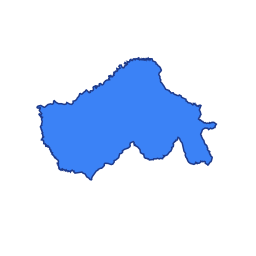 Ledesma, Jujuy, Argentina, rotated 212°
{"feature_id": "61730980B60516348074924", "entity_name": "Ledesma", "entity_type": "district", "adm_level": 2, "iso_a3": "ARG", "parent_name": "Argentina", "parent_adm1": "Jujuy", "projection": "orthographic", "projection_center": [-64.879, -23.773], "detail": "fine", "context": "isolated", "style": "filled", "palette": "blue", "viewbox_px": 256, "rotation_deg": 212, "n_neighbors": 0, "source": "geoboundaries", "source_scale": "gbopen_adm2", "svg_char_len": 5863}
<svg xmlns="http://www.w3.org/2000/svg" viewBox="0 0 256 256"><g transform="rotate(212 128 128)"><path d="M41.5,148.0L43.1,148.2L43.8,149.0L44.4,148.9L45.2,149.8L45.9,150.0L46.2,151.2L46.6,151.0L46.8,151.4L47.3,151.2L49.2,151.8L49.7,153.2L50.5,153.4L51.5,154.6L53.1,155.1L53.6,154.9L55.2,155.8L57.2,157.7L58.4,158.0L61.3,159.8L61.8,160.5L62.8,160.8L63.4,161.9L63.2,162.6L64.0,166.1L63.3,167.6L62.7,168.7L60.3,170.0L58.8,169.4L57.9,171.6L56.8,171.6L55.8,172.4L55.1,174.1L54.6,174.4L54.6,174.9L55.2,176.0L55.1,178.1L58.3,178.3L59.1,177.5L59.7,177.5L60.6,176.0L61.6,175.8L61.4,175.1L63.0,174.4L63.8,173.5L65.5,173.4L65.8,172.9L67.0,172.6L67.9,173.2L69.1,172.8L70.7,173.2L71.1,172.7L71.6,173.1L72.6,172.8L73.0,172.9L73.2,174.9L72.9,175.6L73.5,176.9L73.2,178.0L75.3,180.0L77.1,181.1L78.0,185.7L79.0,185.6L79.9,184.6L79.5,183.7L81.2,183.4L81.3,182.6L81.6,183.5L82.4,183.3L83.0,183.9L83.6,183.6L84.3,184.2L84.6,183.4L85.5,183.4L85.0,182.4L85.4,181.9L87.9,182.3L90.5,181.3L91.9,181.9L93.0,181.7L94.1,183.1L98.7,182.4L100.0,183.4L102.0,183.2L102.1,182.3L104.0,181.5L105.0,181.6L106.6,181.1L108.4,181.8L110.0,180.5L111.5,181.1L112.4,181.0L112.9,181.6L116.6,180.8L119.8,182.6L123.6,184.2L124.4,184.1L125.5,185.2L125.6,186.1L127.3,187.0L128.1,188.5L130.2,189.6L130.7,191.2L130.2,193.4L130.4,194.8L131.5,195.3L131.9,195.9L133.9,196.8L135.2,196.7L137.1,197.5L138.2,197.2L138.8,198.2L139.7,198.5L142.6,198.0L144.2,199.4L145.4,198.8L145.3,197.6L145.7,197.6L145.9,198.4L146.9,197.9L146.5,196.9L147.4,197.2L148.0,197.9L148.4,196.6L148.1,196.4L148.1,195.8L149.1,196.7L149.5,196.5L149.4,194.6L151.0,194.0L151.5,195.0L151.0,195.3L151.3,195.3L152.2,194.6L152.3,193.2L153.1,193.2L153.6,193.6L154.0,192.1L154.8,192.4L155.4,192.0L155.7,193.1L156.1,193.2L156.5,192.4L155.7,191.7L157.9,191.1L158.1,189.6L158.6,189.7L158.8,190.2L159.7,189.8L160.2,188.8L159.9,187.7L160.9,187.2L161.9,187.7L162.4,186.4L161.9,185.8L161.9,184.7L163.7,184.0L162.9,183.7L162.9,182.8L163.8,182.1L165.3,182.0L165.1,180.7L164.4,180.8L163.2,181.8L162.4,181.6L163.2,179.4L163.8,178.8L163.4,177.0L164.1,176.4L165.3,176.4L167.2,177.8L168.4,176.8L168.4,175.4L166.4,174.6L167.5,172.7L169.0,172.6L168.7,172.0L167.5,171.7L167.2,170.8L167.4,170.1L168.1,170.2L168.7,169.5L168.6,167.6L169.2,168.1L169.5,167.7L168.8,167.2L168.8,166.0L167.8,165.4L168.4,164.3L168.3,163.3L168.8,162.8L170.3,163.4L170.4,162.2L171.2,162.6L171.8,162.0L171.5,161.3L170.3,161.0L170.5,159.7L169.3,159.2L171.4,157.3L172.0,156.3L172.5,153.8L172.1,152.7L172.4,151.2L173.0,150.8L174.8,151.2L175.7,150.4L175.5,149.6L174.7,149.3L174.6,148.5L175.9,147.5L176.0,146.3L176.5,146.4L176.7,147.1L177.2,146.9L176.0,145.5L176.0,144.9L176.7,144.9L178.1,146.2L179.1,144.6L179.1,143.9L177.9,142.7L177.6,141.5L177.9,140.7L179.5,139.7L179.5,138.8L178.9,138.3L179.2,137.7L179.8,137.4L183.4,138.2L183.8,137.5L183.6,136.5L184.2,135.5L184.9,132.7L185.4,132.0L186.7,132.0L187.1,131.5L186.5,128.9L186.9,126.5L186.7,125.0L187.4,123.0L188.8,121.6L187.8,120.3L188.2,118.2L190.1,117.4L193.4,117.2L193.2,115.6L193.9,114.7L195.0,114.0L197.2,113.4L199.8,111.8L202.5,111.6L205.0,112.1L205.3,111.4L204.4,109.8L204.5,108.5L204.9,107.9L206.4,107.5L208.3,105.5L209.6,101.5L210.1,101.1L213.9,100.9L215.8,99.0L216.2,98.0L215.9,97.1L215.2,97.1L213.9,97.7L213.5,98.6L213.1,98.7L212.6,97.8L212.7,96.3L212.4,95.8L208.8,94.5L208.7,93.2L210.7,93.0L210.6,92.3L208.1,91.5L207.4,91.9L207.2,91.1L206.2,91.6L206.2,89.8L204.1,88.0L203.3,85.3L202.6,84.7L203.0,83.8L202.9,82.5L201.6,81.8L201.3,81.1L200.1,80.7L199.9,80.1L199.1,79.8L198.8,79.1L197.8,78.8L197.7,78.5L198.0,77.8L196.5,77.0L196.1,76.1L194.8,75.8L194.7,75.3L195.4,74.7L194.9,73.4L195.4,72.6L195.1,72.0L194.4,72.5L193.0,72.6L192.5,71.8L191.9,71.5L191.2,70.1L189.7,70.7L189.5,70.3L188.5,70.3L188.5,69.4L188.0,68.9L187.1,69.5L186.6,70.5L186.2,70.4L185.7,69.5L184.6,70.0L183.6,69.4L183.3,68.6L181.9,68.5L181.4,68.0L181.9,67.9L181.7,67.7L180.4,66.8L179.0,67.0L178.9,65.6L177.9,65.7L177.6,65.2L176.7,65.3L174.4,64.0L173.9,64.7L173.3,64.0L170.1,63.6L169.1,62.6L168.7,61.3L169.0,61.0L168.4,60.9L168.7,60.3L167.9,60.4L167.7,59.4L167.2,59.4L165.9,58.0L165.4,57.9L165.4,57.3L164.5,57.3L164.2,56.6L163.2,56.9L162.5,56.7L162.5,57.3L162.0,57.4L162.5,57.6L162.4,58.0L162.0,58.0L161.8,58.6L161.1,58.1L160.2,58.8L159.0,58.6L158.4,59.5L158.1,58.8L157.8,59.3L157.3,59.1L156.2,59.9L155.8,59.3L154.3,60.7L153.5,60.2L153.4,62.0L153.0,62.7L152.1,62.4L151.0,62.8L150.7,62.0L149.2,62.0L149.0,61.7L143.7,66.2L142.3,65.9L139.9,66.3L137.1,64.7L134.8,64.8L132.9,64.2L131.7,64.5L131.5,65.1L132.3,66.3L132.5,68.2L132.1,74.8L131.2,76.2L131.4,77.0L130.1,79.1L129.1,79.9L128.7,80.9L128.2,83.6L129.0,84.7L128.8,85.9L126.1,87.4L122.9,88.1L121.8,89.3L121.7,91.8L122.5,93.1L121.5,94.2L120.2,97.9L121.4,101.7L120.1,103.1L119.8,104.3L119.8,104.9L120.7,105.5L119.8,107.9L117.3,111.0L116.5,113.2L116.8,114.3L117.6,114.9L118.1,116.6L116.4,119.2L115.1,118.9L114.6,117.6L113.5,117.6L113.3,116.7L112.6,117.2L111.8,116.9L109.9,117.1L106.5,116.1L104.3,113.7L101.1,113.8L100.9,114.1L98.5,111.7L97.2,111.6L95.6,112.3L95.1,112.1L94.3,112.7L93.0,112.2L90.5,114.2L89.7,114.5L89.8,115.5L87.6,116.9L87.0,117.9L85.0,118.4L84.6,119.3L82.4,120.3L82.6,121.2L82.1,123.0L82.7,123.3L82.2,123.4L82.5,123.9L81.5,124.5L80.4,126.1L80.1,129.6L79.4,131.0L79.8,134.0L80.6,134.7L79.7,136.2L80.6,138.1L81.3,138.4L81.5,139.0L81.1,140.9L81.3,141.2L80.6,142.0L81.0,143.0L80.0,143.7L79.9,144.7L80.5,145.5L80.6,146.6L78.8,146.5L76.7,144.9L74.0,143.9L68.2,138.0L65.7,136.9L65.1,135.3L63.4,133.9L62.5,133.7L61.7,133.0L61.2,133.1L60.2,132.0L58.5,131.2L56.4,131.0L52.8,132.1L52.1,133.4L52.4,134.6L51.7,134.5L51.8,134.9L51.3,135.0L50.8,134.4L50.3,134.6L50.4,134.9L48.9,136.0L48.4,137.4L48.7,138.4L47.2,138.7L47.0,139.3L46.4,139.3L45.3,140.3L44.5,140.2L43.8,139.1L41.0,139.1L40.2,138.5L40.8,139.5L40.4,140.1L40.3,142.6L39.8,143.4L39.9,144.4L40.9,147.5L41.5,148.0Z" fill="#3b82f6" stroke="#1e3a8a" stroke-width="1.5"/></g></svg>